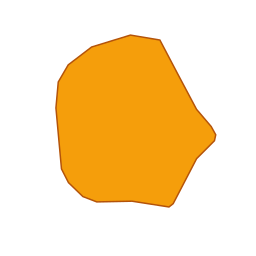 outline of Ngulu, Federated States of Micronesia, rotated 66°
{"feature_id": "79324940B42165526441139", "entity_name": "Ngulu", "entity_type": "district", "adm_level": 2, "iso_a3": "FSM", "parent_name": "Federated States of Micronesia", "parent_adm1": "", "projection": "orthographic", "projection_center": [137.488, 8.298], "detail": "fine", "context": "isolated", "style": "filled", "palette": "amber", "viewbox_px": 256, "rotation_deg": 66, "n_neighbors": 0, "source": "geoboundaries", "source_scale": "gbopen_adm2", "svg_char_len": 393}
<svg xmlns="http://www.w3.org/2000/svg" viewBox="0 0 256 256"><g transform="rotate(66 128 128)"><path d="M60.6,63.1L44.1,88.0L39.2,128.3L46.0,156.9L57.6,173.0L80.4,185.7L138.3,205.4L153.7,204.6L172.3,197.1L182.8,186.6L196.5,154.1L216.8,122.7L215.5,117.5L183.9,77.8L174.8,54.2L169.9,50.6L160.5,51.4L138.8,57.8L98.8,60.6L60.6,63.1Z" fill="#f59e0b" stroke="#b45309" stroke-width="1.5"/></g></svg>